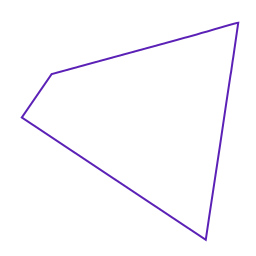 outline of Nome nor, Telemark, Norway, rotated 272°
{"feature_id": "86288312B29220446300399", "entity_name": "Nome nor", "entity_type": "district", "adm_level": 2, "iso_a3": "NOR", "parent_name": "Norway", "parent_adm1": "Telemark", "projection": "albers", "projection_center": [9.279, 59.161], "detail": "fine", "context": "isolated", "style": "outline", "palette": "violet", "viewbox_px": 256, "rotation_deg": 272, "n_neighbors": 0, "source": "geoboundaries", "source_scale": "gbopen_adm2", "svg_char_len": 601}
<svg xmlns="http://www.w3.org/2000/svg" viewBox="0 0 256 256"><g transform="rotate(272 128 128)"><path d="M19.0,209.6L20.6,209.8L41.9,212.2L113.2,220.5L155.1,225.2L184.5,228.6L187.8,229.1L191.7,229.5L194.4,229.8L198.3,230.2L202.1,230.7L205.8,231.1L210.5,231.6L215.9,232.2L220.5,232.7L225.1,233.2L230.6,233.8L237.0,234.5L236.7,233.0L235.9,230.2L234.8,226.7L233.1,221.4L231.6,216.9L229.9,211.6L228.6,207.8L227.2,203.8L225.6,198.3L223.8,193.3L221.0,184.4L220.1,181.2L217.4,172.8L190.8,87.1L179.2,49.8L134.8,21.5L32.7,187.3L20.0,208.0L19.0,209.6Z" fill="none" stroke="#5b21b6" stroke-width="2"/></g></svg>